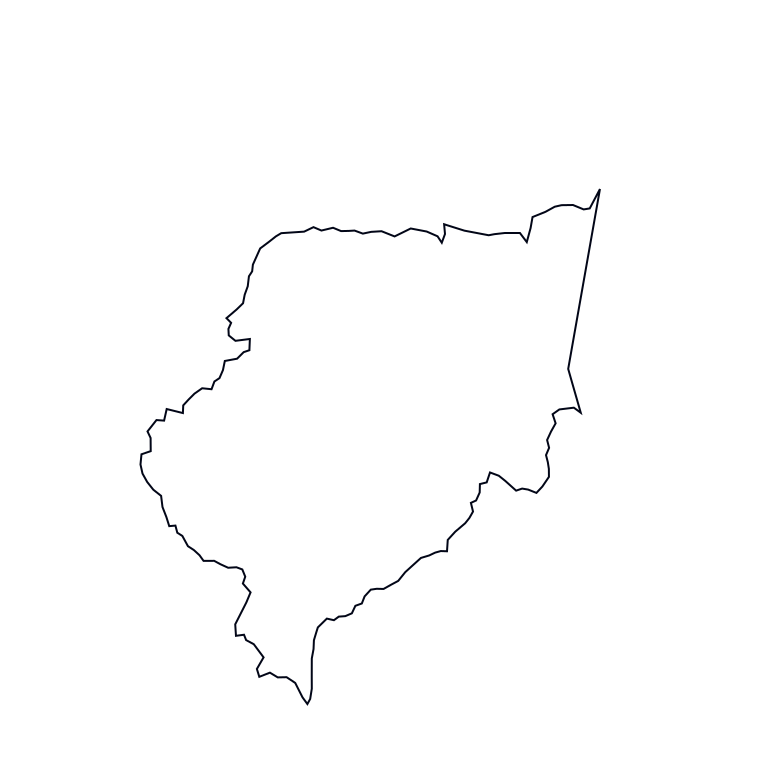 the district of Afogados da Ingazeira, Pernambuco, Brazil, rotated 227°
{"feature_id": "56859067B67400829355924", "entity_name": "Afogados da Ingazeira", "entity_type": "district", "adm_level": 2, "iso_a3": "BRA", "parent_name": "Brazil", "parent_adm1": "Pernambuco", "projection": "albers", "projection_center": [-37.624, -7.752], "detail": "fine", "context": "isolated", "style": "outline", "palette": "ink", "viewbox_px": 768, "rotation_deg": 227, "n_neighbors": 0, "source": "geoboundaries", "source_scale": "gbopen_adm2", "svg_char_len": 2192}
<svg xmlns="http://www.w3.org/2000/svg" viewBox="0 0 768 768"><g transform="rotate(227 384 384)"><path d="M491.2,151.0L483.2,146.3L473.9,144.0L464.0,143.2L454.2,144.7L445.1,138.1L435.1,134.1L426.5,130.0L422.7,134.9L416.2,131.4L410.4,132.9L399.1,130.0L392.2,131.7L384.6,132.3L377.7,131.4L370.5,139.2L363.9,141.4L355.9,144.7L350.6,151.1L345.0,153.9L337.7,151.1L334.3,144.7L322.6,144.3L318.1,134.3L309.7,111.3L300.8,104.0L296.1,110.6L290.7,108.5L282.5,111.3L266.2,109.5L262.3,96.7L254.9,93.1L250.7,103.7L241.9,106.2L236.0,112.8L225.9,115.2L210.4,110.7L202.2,109.7L204.0,115.2L210.4,123.4L219.6,131.9L232.5,144.0L238.2,151.7L244.4,158.0L248.2,164.5L251.1,169.6L251.4,182.2L245.4,186.3L244.7,192.3L240.6,197.4L238.2,204.1L241.3,211.8L238.6,218.1L241.9,225.0L242.6,234.1L239.2,239.0L234.4,243.9L232.4,252.2L230.3,260.1L231.9,271.2L231.8,279.2L231.6,292.4L227.8,300.1L225.8,306.4L223.1,311.6L218.7,316.0L226.5,324.3L227.4,335.4L226.8,348.4L227.8,355.1L230.0,362.1L237.8,366.5L236.0,371.9L239.4,380.0L245.4,385.9L242.0,392.0L247.0,401.2L238.6,405.4L230.4,406.6L215.9,407.9L213.3,413.7L208.5,417.4L200.4,421.2L201.0,429.9L203.6,441.3L209.5,446.7L215.1,450.5L221.5,454.0L224.7,461.2L231.8,465.1L235.3,473.7L238.2,482.7L246.9,486.7L245.8,494.9L237.2,506.7L228.8,508.3L257.5,522.9L269.4,529.0L281.4,544.9L379.3,674.9L372.1,654.2L375.5,649.1L386.0,644.3L393.7,635.8L397.2,629.8L399.8,619.5L404.8,606.5L398.1,597.6L390.4,585.2L401.7,586.4L412.0,575.4L418.3,566.9L421.4,562.0L441.3,547.4L459.8,536.9L452.1,530.9L447.9,522.6L455.5,523.9L466.4,519.2L479.5,509.6L484.7,492.4L497.4,486.4L504.0,478.4L508.4,471.1L516.3,467.1L520.1,462.5L525.1,456.9L533.0,453.3L538.9,442.9L546.8,439.4L549.9,429.5L564.4,411.7L565.7,405.6L566.4,397.1L567.6,385.9L560.7,369.5L556.3,364.4L554.9,358.7L548.4,351.0L544.3,343.0L539.2,336.0L539.0,327.1L539.6,313.7L533.0,313.9L530.4,307.8L525.4,303.6L516.9,304.8L508.4,316.6L500.5,308.6L503.0,303.1L502.7,293.8L509.4,283.3L504.0,275.7L500.5,267.7L501.5,261.7L497.8,254.3L504.9,248.1L506.2,238.8L505.9,230.5L505.3,222.6L499.9,217.1L513.9,208.0L507.2,198.2L512.8,193.0L510.6,178.7L503.7,176.5L494.0,167.6L498.0,158.7L491.2,151.0Z" fill="none" stroke="#020617" stroke-width="2"/></g></svg>